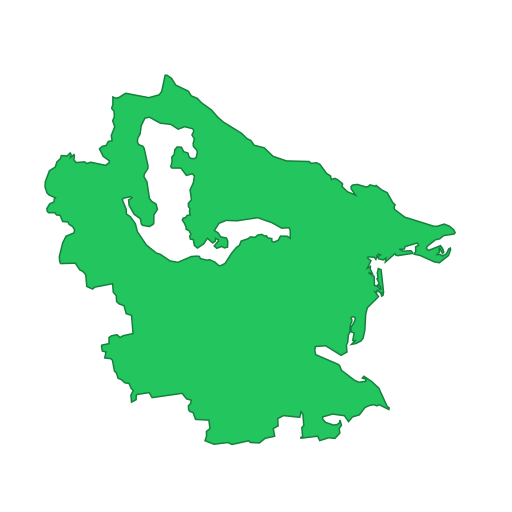 Krasnodar, Mercator projection, rotated 172°
{"feature_id": "RUS-2371", "entity_name": "Krasnodar", "entity_type": "Territory", "adm_level": 1, "iso_a3": "RUS", "parent_name": "Russia", "parent_adm1": "", "projection": "mercator", "projection_center": [39.522, 45.126], "detail": "fine", "context": "isolated", "style": "filled", "palette": "green", "viewbox_px": 512, "rotation_deg": 172, "n_neighbors": 0, "source": "natural_earth", "source_scale": "10m", "svg_char_len": 6084}
<svg xmlns="http://www.w3.org/2000/svg" viewBox="0 0 512 512"><g transform="rotate(172 256 256)"><path d="M362.4,435.3L340.1,427.7L329.4,429.1L326.5,432.1L320.8,447.7L319.0,447.4L314.9,443.7L311.6,436.3L300.0,428.6L297.8,423.6L292.2,420.3L288.8,415.5L279.7,406.7L274.5,398.7L269.7,393.2L253.1,379.4L248.8,373.7L245.0,371.1L242.4,365.9L232.8,362.0L225.2,352.3L212.5,345.9L190.3,342.2L188.7,340.1L183.1,339.9L180.0,337.9L174.6,327.9L171.1,325.0L170.6,321.2L167.1,321.9L165.0,320.6L160.6,316.0L160.2,315.2L161.2,312.9L156.5,306.9L149.0,302.5L152.4,309.2L152.2,311.5L150.6,312.8L145.7,312.8L137.6,309.1L135.2,309.2L133.3,310.6L128.0,308.5L127.2,309.2L122.3,303.9L117.3,300.5L113.1,289.7L111.1,287.4L112.6,284.8L112.2,282.7L103.3,273.8L75.9,260.8L72.7,260.2L65.1,261.4L60.4,258.7L56.7,254.6L55.5,251.4L56.8,250.2L67.3,250.1L71.7,247.4L76.0,247.1L85.4,241.6L86.1,239.4L84.3,237.5L71.9,240.6L70.2,237.5L69.5,233.7L70.9,232.5L73.0,238.3L73.7,237.9L73.7,234.4L76.5,232.2L73.3,231.9L71.4,230.0L67.2,231.7L64.1,236.2L62.5,236.8L62.4,235.2L65.4,229.6L75.4,223.8L80.2,225.3L93.5,233.7L99.2,235.8L97.2,238.3L96.7,242.8L93.5,244.0L94.5,246.4L106.8,244.6L108.2,242.2L113.2,242.8L109.7,240.3L101.9,239.7L100.3,237.4L100.7,236.8L115.4,236.6L117.2,237.2L118.0,239.0L128.8,232.0L127.7,235.9L130.6,234.4L135.1,236.2L135.7,238.3L132.5,239.7L134.4,240.9L135.8,240.0L137.8,235.9L139.1,238.3L145.1,239.5L145.8,238.5L142.8,235.4L147.4,228.4L144.2,229.8L144.7,227.0L143.1,222.3L146.3,223.8L146.3,223.0L141.8,219.3L142.8,210.5L138.9,208.1L137.8,205.5L136.9,206.2L136.9,208.0L137.9,209.6L139.9,210.1L137.8,211.6L139.4,216.6L138.3,217.0L138.2,222.4L136.6,226.6L134.0,225.0L134.7,202.5L135.7,199.4L137.1,198.8L137.5,200.9L136.2,201.7L138.3,202.5L140.6,205.3L141.5,203.3L143.1,204.0L140.3,198.7L152.9,189.3L155.4,183.4L158.6,167.2L161.5,159.5L164.0,157.2L169.2,155.4L173.8,155.2L168.7,158.9L170.5,158.1L172.0,158.9L169.5,166.1L172.5,167.7L171.9,171.9L167.4,177.7L166.3,180.5L167.3,182.0L169.3,182.3L170.9,181.1L169.9,179.5L170.1,178.0L172.0,175.0L173.8,167.2L175.6,164.9L177.0,158.4L178.9,155.0L179.3,148.2L185.6,145.8L199.5,157.4L209.8,158.1L210.9,154.5L210.6,150.0L189.6,137.2L188.4,135.7L187.3,130.9L175.8,119.3L171.5,116.6L164.7,116.7L164.5,118.8L167.7,120.3L165.9,121.9L158.8,115.5L152.8,108.1L147.1,88.9L145.2,87.0L145.8,85.5L154.7,91.6L157.0,90.8L160.3,92.4L164.8,92.1L169.1,90.8L175.8,84.3L182.9,83.2L187.4,79.1L190.6,85.5L202.2,88.8L212.3,87.4L212.8,85.3L210.3,81.6L202.8,77.8L199.5,77.7L196.5,79.2L195.7,81.9L194.9,76.5L197.6,73.7L197.6,69.0L203.2,64.4L209.3,65.9L218.6,64.3L220.0,69.0L236.9,69.3L236.8,70.2L235.0,70.5L234.5,79.8L232.3,81.4L231.6,92.8L233.2,95.5L235.1,90.2L251.0,94.1L257.1,92.0L257.8,84.6L262.9,82.8L262.6,74.9L272.3,74.2L278.6,70.4L287.6,72.1L289.0,74.0L306.0,72.7L309.8,75.2L323.7,75.4L331.5,79.8L332.2,80.2L330.1,84.3L329.5,89.2L325.6,91.5L325.5,100.0L338.6,102.6L340.1,109.9L343.0,111.1L344.1,113.1L343.8,117.1L341.3,119.0L340.1,122.2L344.6,124.1L348.3,130.3L378.6,130.2L380.8,135.6L393.0,135.4L394.0,134.6L394.7,130.4L399.6,128.6L399.3,135.4L396.2,140.0L398.0,142.1L399.4,147.4L403.4,148.6L406.7,152.5L409.6,154.1L410.5,159.6L412.2,161.7L412.7,172.9L414.3,174.6L420.0,176.1L417.9,181.8L421.4,183.2L421.6,188.0L421.1,189.2L413.7,189.7L412.9,195.8L410.1,197.1L404.6,197.4L402.0,194.2L398.5,195.6L388.6,196.3L387.5,214.5L392.6,217.0L393.6,225.2L398.1,227.5L400.4,230.3L399.9,236.2L402.4,240.0L401.8,248.5L420.0,247.6L422.5,246.0L427.8,249.4L427.2,261.2L429.5,264.6L432.5,266.9L435.9,274.0L450.6,275.7L451.2,278.1L450.8,283.0L445.5,296.1L441.3,302.1L433.1,304.2L432.0,307.2L433.6,310.8L436.6,313.2L437.6,315.9L442.6,317.0L444.4,323.6L447.8,324.4L449.3,326.9L455.3,327.7L456.5,329.2L456.5,332.1L453.0,336.4L448.5,337.7L447.8,340.7L446.5,341.5L452.5,345.3L454.2,347.6L455.3,353.9L454.2,359.1L448.7,369.2L442.4,372.0L440.1,376.8L436.1,379.7L434.8,382.6L429.2,381.3L425.7,383.9L425.0,382.4L426.0,379.3L422.2,381.8L421.8,380.7L423.0,376.7L421.1,373.6L412.6,373.1L410.7,371.1L406.6,371.9L392.4,366.7L388.6,368.8L387.9,370.6L393.5,376.0L396.1,384.0L392.7,386.1L389.1,386.2L386.3,390.0L382.4,390.3L382.6,395.3L377.9,403.7L379.1,409.8L377.0,413.4L376.4,419.0L378.4,422.3L376.6,426.1L375.6,433.4L372.7,431.7L369.8,432.0L362.4,435.3ZM302.6,258.9L297.5,255.6L294.0,251.5L291.7,251.5L287.5,253.1L279.9,262.0L274.2,267.2L270.9,268.9L268.6,272.9L261.5,274.2L258.9,275.7L254.1,274.6L251.4,276.5L247.4,276.6L244.7,274.6L242.9,274.6L241.8,272.3L237.9,271.0L238.3,268.5L236.3,267.2L231.6,268.6L229.0,272.3L222.3,271.2L219.6,268.8L218.5,277.0L219.5,279.4L226.7,280.0L235.5,286.7L249.0,293.7L270.0,293.5L280.6,295.4L288.1,293.5L293.7,287.0L290.4,284.3L288.4,279.9L282.7,277.9L281.9,274.2L283.0,268.7L286.2,268.4L288.4,270.2L293.8,269.1L296.0,271.7L291.2,276.1L291.0,277.4L293.6,279.1L294.2,276.4L297.0,274.9L301.7,280.3L306.2,275.2L312.9,272.0L315.6,275.1L315.8,281.0L318.7,281.9L318.9,284.9L317.4,286.7L318.9,290.6L321.5,292.1L321.2,294.2L322.2,298.1L324.0,301.8L322.9,303.6L320.4,303.9L318.5,305.8L315.3,305.9L315.8,308.6L314.9,312.3L316.0,314.2L315.7,317.5L312.1,320.7L312.1,330.6L307.9,337.2L305.8,343.9L307.7,346.3L313.7,345.5L318.1,353.5L327.0,354.8L328.0,356.3L326.1,360.7L325.5,365.9L322.9,367.8L321.6,372.6L318.8,375.0L314.7,374.1L313.1,369.4L309.0,367.3L308.7,364.2L307.4,361.9L303.7,361.0L301.5,361.7L299.6,367.2L300.0,369.2L302.7,373.1L302.6,376.2L300.7,380.6L302.6,384.8L300.4,388.0L300.4,389.3L300.9,390.8L308.7,394.0L315.4,392.4L322.0,398.2L332.2,400.8L342.4,408.4L346.9,407.9L351.5,401.0L353.9,392.7L356.6,389.4L357.5,385.7L356.7,382.6L352.9,380.6L351.8,378.3L350.4,360.5L350.8,357.8L355.1,352.8L356.0,350.3L353.7,344.7L353.5,327.7L351.6,324.6L347.7,321.3L347.1,315.8L351.4,311.0L352.6,303.0L353.4,301.7L357.4,300.0L363.9,302.1L365.1,303.6L365.3,309.1L370.8,314.1L374.6,323.7L374.4,329.3L370.7,330.8L371.8,332.2L379.1,331.7L380.6,330.4L378.0,320.2L378.6,315.8L374.9,312.3L371.0,304.8L370.0,296.4L363.0,282.1L354.3,272.8L350.4,270.9L341.8,263.1L334.2,260.6L320.1,264.5L314.4,264.1L312.2,263.5L311.4,261.2L305.0,258.6L302.6,258.9Z" fill="#22c55e" stroke="#15803d" stroke-width="1.5"/></g></svg>